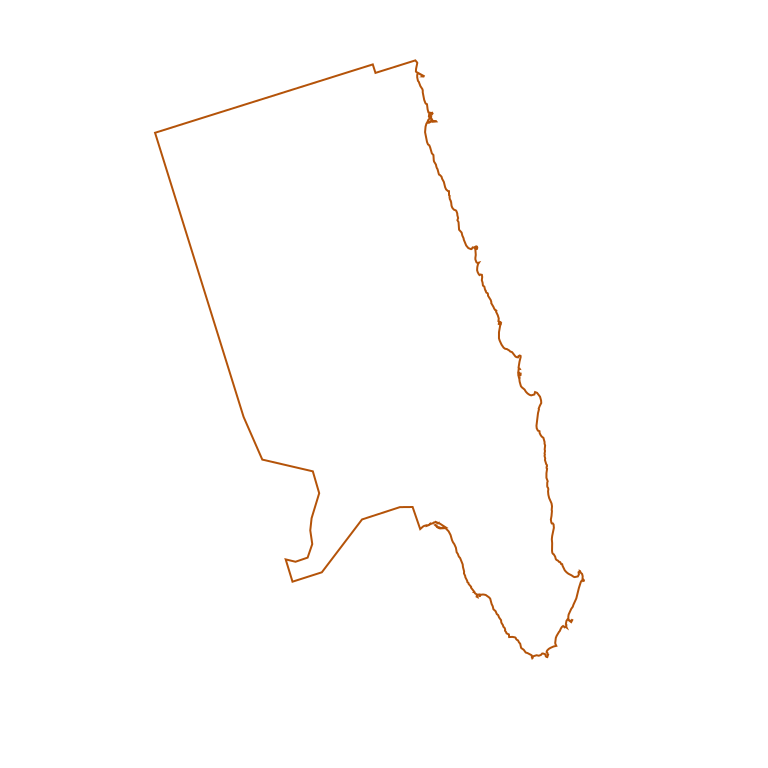 the district of 86, Ar Rayyān, Qatar, rotated 163°
{"feature_id": "91078587B46444112589307", "entity_name": "86", "entity_type": "district", "adm_level": 2, "iso_a3": "QAT", "parent_name": "Qatar", "parent_adm1": "Ar Rayyān", "projection": "equal_earth", "projection_center": [50.779, 25.397], "detail": "fine", "context": "isolated", "style": "outline", "palette": "amber", "viewbox_px": 768, "rotation_deg": 163, "n_neighbors": 0, "source": "geoboundaries", "source_scale": "gbopen_adm2", "svg_char_len": 6119}
<svg xmlns="http://www.w3.org/2000/svg" viewBox="0 0 768 768"><g transform="rotate(163 384 384)"><path d="M529.3,221.7L498.5,222.1L444.6,260.9L404.8,261.6L392.6,258.0L391.8,234.7L388.3,236.3L386.9,236.6L385.4,236.3L384.9,236.6L384.3,236.3L384.4,236.0L383.5,236.1L383.7,235.9L382.1,236.0L380.9,236.4L380.8,236.9L380.4,237.0L380.2,236.5L376.8,236.7L376.5,237.0L375.7,236.7L375.0,237.1L373.8,236.1L373.8,235.4L372.9,235.3L373.2,235.0L371.9,234.6L371.2,233.9L366.9,228.8L371.8,229.7L373.4,231.0L374.2,231.2L374.9,232.4L375.2,232.3L375.2,232.8L375.5,232.8L376.0,234.1L376.3,234.1L374.1,230.5L372.6,229.5L367.3,228.2L365.3,224.3L364.5,220.2L364.6,214.8L364.3,212.5L363.6,210.3L363.1,206.4L363.7,201.8L363.1,200.1L362.9,197.1L362.1,195.4L361.5,188.5L362.0,185.9L362.2,181.3L362.9,179.5L362.5,176.8L362.7,175.3L362.0,171.5L362.2,170.2L361.4,169.0L361.5,167.9L360.0,164.6L360.3,163.8L358.4,158.8L358.8,158.6L358.3,158.3L358.1,157.1L356.6,155.5L357.6,153.6L356.8,152.8L356.5,154.8L356.1,155.2L354.1,154.8L354.6,152.3L354.1,154.0L351.9,154.0L350.2,153.5L348.4,152.5L345.9,149.2L345.2,147.7L345.4,142.1L345.0,139.7L345.2,136.6L343.7,134.1L343.4,131.0L342.4,129.6L342.2,127.1L341.1,123.9L341.5,122.0L341.4,120.8L340.8,118.8L340.8,116.9L340.0,115.5L339.9,113.9L340.4,112.7L339.8,111.1L339.7,109.7L337.8,108.0L338.3,105.4L335.1,104.6L332.8,103.4L332.3,102.7L332.2,101.5L331.8,100.6L330.8,99.6L330.5,97.6L329.7,95.8L330.0,92.1L329.9,91.3L328.1,89.0L327.0,85.8L325.4,84.7L322.2,81.5L322.0,80.9L322.5,79.7L322.4,78.4L321.8,78.7L321.5,79.8L320.7,80.0L317.4,80.0L315.4,78.9L313.2,79.0L311.5,80.0L310.6,79.7L308.8,78.4L308.9,76.3L308.4,75.5L307.7,75.1L306.2,77.2L306.6,77.6L306.3,78.9L306.9,80.1L306.4,80.9L305.6,81.6L303.9,82.5L301.9,83.0L298.6,83.4L295.8,83.2L296.1,85.5L295.9,86.5L293.9,91.0L292.5,92.7L289.1,95.8L288.2,96.3L286.4,98.4L285.0,99.6L283.5,100.2L281.9,97.8L282.1,99.0L281.6,99.1L280.6,97.8L280.7,98.5L280.0,100.4L280.3,101.2L278.8,104.1L277.3,105.3L274.6,101.6L273.0,103.2L273.8,104.0L273.5,103.2L274.5,102.3L276.3,104.4L276.4,105.4L275.7,107.8L274.8,109.6L270.6,114.3L268.6,115.8L267.5,117.4L262.8,122.7L257.3,131.9L253.7,137.1L252.2,138.4L251.0,138.5L250.7,138.1L250.9,137.4L250.4,137.4L250.2,137.8L251.0,140.0L250.2,142.1L250.1,144.4L251.1,146.2L251.2,147.7L251.5,148.0L251.6,147.6L253.0,147.1L253.3,144.9L254.9,143.3L258.1,143.6L259.0,144.2L260.6,146.2L263.1,148.6L264.5,150.6L265.6,152.9L266.4,158.1L266.3,159.6L267.2,160.0L267.6,162.1L268.6,162.7L269.2,164.1L270.5,165.4L270.9,166.5L270.8,168.9L271.5,171.6L272.1,172.2L272.4,173.3L272.1,175.3L269.7,182.7L268.9,186.5L267.6,189.5L263.6,196.8L262.9,200.1L263.4,201.4L264.2,201.5L264.5,202.4L264.1,205.5L262.4,208.8L260.5,213.5L260.5,214.4L259.1,217.9L258.7,220.8L259.4,226.7L259.2,230.1L258.5,233.4L257.6,235.4L257.5,236.7L257.8,237.5L257.8,238.5L256.7,242.0L255.9,243.1L256.1,246.8L254.7,251.3L252.8,255.3L253.1,256.1L252.8,257.1L252.2,257.7L251.9,258.8L252.3,259.9L252.3,264.3L251.6,265.7L251.5,268.3L250.8,269.4L250.8,270.5L249.6,272.9L249.5,274.4L247.9,278.1L247.9,280.0L247.4,281.6L247.3,285.9L248.6,287.7L249.2,289.6L249.5,291.7L249.1,293.4L250.5,294.5L250.9,297.0L250.4,299.5L245.2,311.2L243.2,314.5L243.3,315.2L241.3,317.7L239.2,319.8L238.6,322.3L238.5,326.2L240.2,330.8L241.9,332.1L243.3,330.0L246.6,330.1L248.0,331.1L249.5,333.0L250.6,335.2L251.2,337.6L253.2,340.6L253.7,342.0L253.6,346.5L253.1,349.3L252.8,350.2L251.7,350.0L253.1,350.5L253.0,352.1L252.7,352.8L251.4,352.4L250.8,352.6L250.3,354.0L250.8,354.2L250.9,352.9L251.4,352.8L251.3,353.2L251.8,352.9L252.9,353.3L252.4,355.4L250.9,354.9L252.0,355.6L252.0,356.3L250.7,359.2L249.8,358.8L249.9,359.2L250.5,359.5L250.6,360.2L247.9,365.7L245.4,369.9L245.2,371.0L246.0,371.6L247.3,371.3L248.0,370.3L249.0,370.7L250.2,371.7L252.2,377.0L253.8,378.2L254.4,379.4L256.3,381.5L257.9,382.3L259.0,383.8L260.1,387.3L260.7,391.8L260.7,394.1L258.9,399.9L255.6,406.4L255.0,406.7L254.3,408.1L254.6,408.2L255.5,406.8L256.7,407.8L255.6,409.8L255.2,409.3L254.9,409.5L256.2,410.6L255.1,413.1L255.1,416.5L255.7,420.4L255.1,421.2L255.7,422.2L256.1,422.3L256.6,423.9L256.8,425.8L257.8,430.0L257.4,430.9L257.4,433.1L258.7,438.0L258.3,439.8L258.4,440.5L259.4,441.5L259.6,443.0L259.4,443.6L259.8,444.4L259.6,447.8L260.6,449.2L260.1,452.1L260.1,454.7L258.8,457.6L258.5,459.8L259.8,460.5L260.7,460.2L261.2,460.9L261.7,463.5L261.7,465.6L260.6,468.5L259.1,471.1L257.7,472.3L259.1,472.3L260.0,473.3L260.2,476.3L259.8,477.8L258.5,480.6L257.3,485.9L255.6,486.0L255.0,487.0L255.3,487.4L255.9,486.4L257.3,486.4L257.6,488.0L255.7,488.4L255.2,487.9L255.0,488.2L255.6,488.7L258.3,488.2L259.3,488.7L260.7,487.5L261.3,487.5L263.6,489.3L264.9,492.4L265.5,498.8L265.3,500.0L265.7,503.1L265.5,506.1L267.1,509.6L265.4,517.0L265.9,519.2L264.6,521.0L264.5,524.0L264.1,525.6L264.2,528.1L264.6,529.1L266.1,530.2L266.8,531.6L267.2,532.8L267.3,534.7L266.6,538.5L266.8,538.9L266.6,539.8L267.0,541.3L266.7,543.6L266.2,544.7L266.6,545.6L265.5,549.4L266.4,549.8L267.7,551.9L268.0,554.2L267.7,559.8L268.4,563.1L268.4,565.5L269.5,567.6L270.1,568.1L270.2,568.7L270.0,573.9L270.3,574.7L270.4,576.5L270.2,578.6L271.1,582.1L271.0,583.4L269.8,588.5L270.8,590.6L270.7,596.9L270.9,599.0L271.9,600.3L272.1,602.9L271.1,612.8L269.0,618.0L267.3,620.6L266.6,621.2L264.5,620.7L262.2,621.2L262.0,621.5L262.3,621.8L264.8,621.2L265.6,622.2L264.3,623.7L262.3,624.8L261.3,623.3L261.0,620.6L257.3,619.8L257.5,620.3L260.4,621.2L261.1,624.5L261.1,625.7L261.4,626.0L261.7,625.0L262.0,625.0L262.5,625.4L262.9,626.6L262.0,628.6L261.2,626.2L260.8,626.3L261.7,628.9L261.0,629.7L259.5,628.9L259.2,628.0L258.5,628.5L258.7,629.3L259.3,629.2L262.1,630.8L262.0,633.8L261.1,639.0L262.0,639.8L262.3,640.7L262.5,644.0L261.7,651.5L261.1,653.5L261.1,654.8L262.1,658.2L262.4,662.8L262.9,664.0L262.6,667.4L262.0,669.5L261.3,670.9L260.6,671.4L256.7,667.3L256.6,666.9L257.1,666.8L256.3,666.5L255.9,666.9L262.0,673.1L262.1,673.6L261.2,676.0L258.3,681.3L258.3,681.7L259.4,684.3L301.2,684.0L301.3,692.9L529.5,691.2L527.9,393.6L522.5,347.3L477.6,321.3L477.9,298.5L492.5,276.8L497.3,265.6L499.4,251.9L507.8,240.3L520.6,239.9L529.3,245.0L529.3,221.7Z" fill="none" stroke="#b45309" stroke-width="2"/></g></svg>